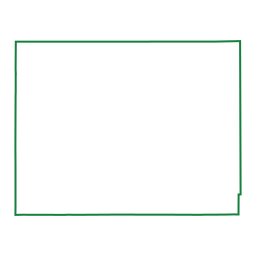 outline of Kimball, Nebraska, United States of America
{"feature_id": "52423323B77257907363499", "entity_name": "Kimball", "entity_type": "district", "adm_level": 2, "iso_a3": "USA", "parent_name": "United States of America", "parent_adm1": "Nebraska", "projection": "mercator", "projection_center": [-103.821, 41.198], "detail": "fine", "context": "isolated", "style": "outline", "palette": "green", "viewbox_px": 256, "rotation_deg": 0, "n_neighbors": 0, "source": "geoboundaries", "source_scale": "gbopen_adm2", "svg_char_len": 558}
<svg xmlns="http://www.w3.org/2000/svg" viewBox="0 0 256 256"><path d="M240.1,41.1L215.1,41.6L15.8,41.7L15.6,69.5L15.8,73.7L15.7,73.7L15.7,75.9L15.7,92.7L15.7,92.8L15.6,94.0L15.4,146.1L15.5,165.0L15.5,169.2L15.5,175.7L15.5,175.9L15.5,207.6L15.5,208.1L15.4,214.9L20.1,214.8L25.4,214.7L27.1,214.8L42.3,214.8L42.7,214.8L48.6,214.8L64.3,214.9L67.7,214.7L73.7,214.8L80.2,214.8L116.1,214.6L174.6,214.7L174.9,214.7L200.3,214.8L203.8,214.7L225.4,214.6L233.7,214.4L238.5,214.5L238.6,194.5L240.6,194.4L240.1,41.1Z" fill="none" stroke="#15803d" stroke-width="2"/></svg>